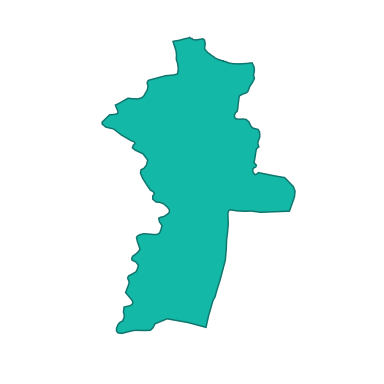 Atlántida, Canelones, Uruguay (Robinson projection), rotated 191°
{"feature_id": "84410073B77727536029585", "entity_name": "Atlántida", "entity_type": "district", "adm_level": 2, "iso_a3": "URY", "parent_name": "Uruguay", "parent_adm1": "Canelones", "projection": "robinson", "projection_center": [-55.769, -34.694], "detail": "fine", "context": "isolated", "style": "filled", "palette": "teal", "viewbox_px": 384, "rotation_deg": 191, "n_neighbors": 0, "source": "geoboundaries", "source_scale": "gbopen_adm2", "svg_char_len": 3764}
<svg xmlns="http://www.w3.org/2000/svg" viewBox="0 0 384 384"><g transform="rotate(191 192 192)"><path d="M157.6,330.2L159.1,329.8L160.1,329.5L161.2,329.1L162.1,328.8L163.1,328.6L164.2,328.2L165.0,328.0L165.5,328.0L166.7,327.6L167.7,327.3L168.7,327.1L169.8,326.9L170.9,326.6L172.0,326.4L172.7,326.3L173.7,326.2L174.5,326.0L175.4,325.9L176.2,325.8L177.0,325.7L177.8,325.7L178.8,325.7L179.4,325.7L180.0,325.6L180.6,325.7L181.2,326.0L181.8,325.9L183.1,325.9L183.4,326.4L184.8,326.4L185.5,326.3L186.2,326.4L186.3,326.8L187.7,326.6L188.8,326.7L189.1,327.0L189.9,327.0L191.3,327.0L192.0,327.1L193.1,327.6L193.6,327.6L194.5,327.8L195.2,328.0L195.7,328.2L195.9,328.5L196.2,328.8L197.7,329.3L198.3,329.5L198.8,329.7L199.4,330.1L199.8,330.3L200.3,330.6L201.7,331.2L202.3,331.4L202.7,331.6L203.2,332.0L203.8,332.4L204.2,332.7L204.7,333.0L205.1,333.3L205.4,333.6L205.8,333.9L206.2,334.3L206.6,334.6L207.0,335.3L207.1,335.9L207.1,336.6L207.2,337.3L207.2,337.9L207.2,338.4L207.2,338.9L207.3,339.4L207.4,339.8L207.4,340.5L208.1,341.6L208.1,342.2L208.4,342.6L208.8,343.1L208.7,343.4L209.3,343.9L210.0,344.2L210.8,344.4L212.0,343.9L213.6,343.3L215.3,342.7L217.0,342.1L219.1,341.7L220.2,341.9L220.8,342.2L221.2,342.6L222.0,342.6L222.5,342.6L223.2,342.9L223.8,343.3L224.0,342.9L224.7,342.5L225.9,342.1L227.5,341.3L228.4,341.0L230.3,340.1L231.0,339.6L232.7,338.9L234.5,338.1L236.9,337.2L237.6,337.0L239.4,336.2L234.6,327.5L233.4,323.7L232.7,319.1L230.5,315.2L228.9,310.1L228.8,305.2L232.1,303.4L239.9,301.2L248.0,297.3L255.6,293.6L256.7,292.3L256.8,290.5L255.3,287.3L255.4,283.5L256.6,280.2L257.4,277.5L259.1,275.1L262.7,273.1L268.2,272.2L272.6,271.9L274.8,270.0L281.4,264.4L283.8,262.7L282.5,260.7L279.9,256.8L279.9,254.9L282.5,253.5L287.6,252.0L293.5,243.5L293.2,241.6L289.1,239.3L280.9,238.9L272.2,234.5L261.6,230.8L258.1,230.1L257.2,228.7L258.6,226.6L259.0,224.0L255.6,222.2L247.5,220.2L241.6,214.9L241.8,209.8L243.8,205.9L246.3,204.2L246.2,200.7L242.8,195.7L237.0,189.6L233.2,185.9L230.4,185.0L228.6,183.5L229.8,180.4L229.1,177.4L225.3,175.3L221.8,175.7L217.6,175.0L213.3,172.5L210.8,170.3L210.4,167.4L212.3,165.1L214.9,162.6L218.0,161.2L219.6,160.0L218.3,156.6L215.0,153.3L215.3,149.1L215.9,145.9L217.4,144.0L220.8,143.0L226.2,142.5L231.3,141.8L235.0,140.2L237.1,138.4L237.8,136.8L236.2,133.0L233.9,129.1L232.1,125.9L233.9,122.2L236.3,119.3L237.9,117.8L238.5,115.5L237.9,113.7L233.4,112.4L230.6,109.7L230.9,106.3L231.7,103.0L235.5,99.7L238.2,97.6L238.8,95.4L237.1,92.6L236.3,90.9L236.7,88.0L237.5,83.8L238.0,80.6L232.0,75.8L229.9,73.9L228.9,72.3L229.3,70.2L231.4,68.4L234.5,67.1L236.7,66.1L236.4,61.1L235.2,58.7L234.7,55.8L235.5,52.1L238.2,50.0L239.4,47.4L240.1,43.8L239.5,41.0L237.7,39.6L233.9,39.8L225.7,43.7L221.8,45.3L211.1,47.2L206.5,48.3L204.4,51.2L203.2,55.5L192.2,62.8L171.1,63.1L152.4,61.8L152.3,68.5L152.1,74.2L150.7,89.4L149.4,93.6L148.9,100.0L147.6,111.4L146.3,131.3L147.4,142.1L148.9,151.6L149.4,158.7L150.2,166.8L152.8,178.5L152.2,181.2L150.8,181.8L143.9,182.1L136.2,183.2L130.4,184.6L120.6,185.2L92.7,191.8L90.5,206.5L91.0,212.5L93.6,216.7L98.6,220.2L103.8,223.8L114.1,223.6L128.6,223.7L130.6,223.7L131.7,222.1L132.9,221.2L133.9,221.3L135.3,222.5L136.2,223.7L136.5,225.3L136.5,226.6L135.4,227.8L134.1,228.9L133.9,230.6L135.3,231.6L136.7,232.6L136.7,235.2L136.8,239.3L137.0,243.0L137.0,246.4L136.0,248.0L135.0,249.1L135.6,250.2L136.3,251.3L136.8,252.7L136.6,255.5L136.0,258.2L136.1,259.6L137.1,263.8L139.1,266.0L144.7,266.4L146.8,267.9L149.4,271.6L152.6,273.5L155.8,273.4L159.7,272.4L163.0,272.3L164.3,273.2L165.0,275.6L164.4,278.2L163.1,279.7L163.0,282.5L163.5,287.5L163.9,295.3L161.1,297.6L157.3,299.9L156.2,301.9L155.4,306.8L153.6,310.9L152.4,315.4L153.9,318.5L153.9,322.9L154.9,326.5L157.6,330.2Z" fill="#14b8a6" stroke="#0f766e" stroke-width="1.5"/></g></svg>